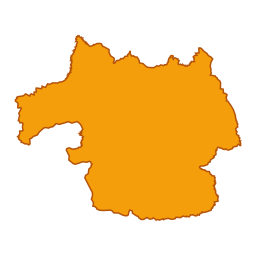 Soi Dao, Chanthaburi, Thailand (Mercator projection)
{"feature_id": "78962969B71557227555667", "entity_name": "Soi Dao", "entity_type": "district", "adm_level": 2, "iso_a3": "THA", "parent_name": "Thailand", "parent_adm1": "Chanthaburi", "projection": "mercator", "projection_center": [102.227, 13.187], "detail": "fine", "context": "isolated", "style": "filled", "palette": "amber", "viewbox_px": 256, "rotation_deg": 0, "n_neighbors": 0, "source": "geoboundaries", "source_scale": "gbopen_adm2", "svg_char_len": 5683}
<svg xmlns="http://www.w3.org/2000/svg" viewBox="0 0 256 256"><path d="M28.7,144.9L29.6,144.5L30.1,143.4L29.6,139.0L31.6,138.2L33.1,136.5L37.3,135.0L39.3,131.9L43.9,127.9L46.0,127.6L48.6,128.1L50.1,127.3L53.1,126.6L56.1,123.6L59.3,124.4L68.4,121.7L71.9,123.1L77.0,121.6L78.2,122.3L79.6,123.4L81.4,125.9L82.8,129.3L81.6,130.6L81.8,131.6L80.6,131.9L81.3,132.9L79.6,133.3L80.7,133.9L79.8,134.2L80.4,134.7L80.2,135.2L81.7,135.4L83.3,136.9L82.2,137.9L82.7,138.6L82.6,139.8L81.5,140.3L81.7,141.2L80.8,142.6L80.9,143.1L81.6,143.3L81.3,144.6L81.9,144.4L82.1,145.7L80.3,147.3L78.5,147.3L78.2,148.1L74.1,149.1L72.5,149.1L69.1,147.8L66.7,148.7L66.3,150.0L69.2,155.9L68.8,160.0L73.5,163.8L75.6,164.2L83.0,161.7L86.6,162.3L89.4,161.3L90.7,161.9L91.3,163.6L92.1,164.2L91.1,165.5L91.0,167.1L88.9,169.0L88.2,173.7L85.6,175.4L84.8,177.8L92.4,192.6L92.5,195.7L91.4,199.1L93.5,202.7L92.9,206.2L94.6,206.4L96.3,207.7L96.9,209.1L99.5,210.2L103.0,210.5L110.4,210.1L112.0,210.8L113.9,212.9L118.4,213.0L123.0,215.2L125.4,215.8L127.3,215.6L128.3,214.9L128.8,211.9L129.9,210.0L132.3,211.0L132.4,213.1L136.5,215.9L138.2,216.4L138.8,217.8L141.2,219.5L143.6,219.4L147.0,217.5L149.7,219.1L152.1,218.8L153.1,217.9L154.8,218.7L155.8,220.0L158.2,219.6L159.3,220.1L162.9,218.9L163.6,219.7L165.2,218.8L168.2,218.4L171.4,219.2L173.2,219.2L175.2,218.6L175.9,217.3L180.7,217.6L182.8,216.1L186.3,216.8L186.6,216.2L188.9,216.9L189.5,216.6L190.2,215.1L191.7,214.9L193.4,214.9L194.4,215.6L196.2,215.9L197.2,215.4L197.5,214.5L199.3,215.2L200.0,213.6L202.3,212.7L202.1,212.0L203.9,212.4L206.0,212.0L211.1,210.2L211.6,208.1L212.4,208.2L213.8,204.9L214.7,205.3L215.1,204.6L214.3,202.1L218.1,201.1L217.7,199.9L218.2,196.2L217.4,195.9L217.8,195.6L217.5,195.2L216.4,194.6L215.6,192.7L215.6,190.2L214.2,189.0L214.9,188.5L214.3,187.2L214.4,186.3L214.0,186.1L214.3,185.4L213.9,185.2L214.4,185.0L214.6,184.1L215.1,184.3L215.7,183.1L214.3,181.5L214.8,180.9L215.3,180.9L214.6,179.3L215.1,177.8L214.5,177.2L214.5,176.1L212.2,175.7L210.9,174.3L210.2,174.2L209.4,171.6L207.2,171.5L205.1,170.5L205.0,170.0L202.6,169.7L201.6,168.8L201.0,169.0L200.6,168.2L199.7,167.9L199.5,166.8L201.0,166.0L203.6,166.0L207.6,164.6L208.5,162.3L210.0,162.1L210.6,159.8L214.1,157.5L214.1,156.6L213.6,156.1L216.0,154.5L215.7,151.1L216.3,150.8L216.2,149.9L216.9,150.0L217.1,148.2L217.8,147.3L219.0,147.4L219.9,148.1L221.3,148.0L222.8,149.1L224.9,149.5L225.8,148.9L227.5,150.0L228.9,150.0L232.6,148.5L232.8,147.4L233.7,146.8L236.9,146.3L238.3,144.2L239.1,144.2L239.9,144.7L239.8,145.4L240.6,145.5L240.6,143.5L240.4,142.2L239.7,141.9L240.2,141.1L239.4,141.3L239.7,137.7L238.6,137.0L238.7,135.6L236.7,134.6L236.4,134.0L236.6,132.4L237.1,131.9L236.2,131.1L236.4,130.6L235.8,129.7L235.7,128.5L237.7,126.9L237.4,126.1L237.7,123.9L236.9,122.9L236.9,121.3L236.0,120.5L236.1,119.0L235.5,117.8L235.4,115.5L233.3,109.6L231.5,106.5L227.8,101.1L226.3,100.8L226.7,99.7L226.1,96.9L226.8,96.0L227.0,94.6L225.3,93.5L223.5,93.0L223.1,89.1L220.4,88.8L220.6,83.4L220.1,81.3L217.4,79.0L217.1,77.9L215.4,76.6L215.2,76.0L210.3,75.1L211.3,73.1L210.8,71.3L211.0,69.4L210.2,66.2L211.0,62.1L212.7,58.9L210.8,56.9L208.3,55.6L207.1,53.6L204.0,51.4L201.5,48.6L200.1,47.9L198.8,48.1L199.0,52.9L195.5,53.2L196.9,55.3L194.8,55.5L193.3,56.6L193.6,58.0L194.2,58.1L194.0,60.9L194.4,61.6L191.3,61.5L190.8,62.3L191.0,62.5L190.3,63.0L190.5,63.5L189.5,64.0L189.6,64.9L188.6,65.4L187.8,65.3L187.3,66.2L185.8,66.1L185.7,65.4L184.8,65.9L183.9,65.1L183.1,65.2L182.5,64.2L181.4,65.0L180.2,64.1L179.0,64.6L178.4,64.3L178.1,62.9L179.2,60.7L178.1,60.0L177.9,58.9L177.2,59.1L175.7,58.0L174.4,57.9L173.4,58.4L173.2,59.1L172.3,57.6L173.2,56.5L172.7,55.6L171.4,55.6L170.6,56.0L170.3,57.5L169.7,57.3L169.0,58.4L168.3,60.3L168.4,62.0L167.6,62.4L166.8,64.6L164.5,64.8L163.7,65.6L160.8,64.9L159.2,66.0L158.0,66.2L157.0,65.7L153.8,67.7L148.6,67.5L146.3,66.7L143.0,63.6L139.5,62.9L139.2,60.7L137.2,57.1L134.9,56.9L133.5,55.8L131.7,56.1L130.1,53.3L130.3,51.4L129.9,51.4L128.9,53.7L127.7,54.6L127.6,56.0L124.8,56.5L123.5,58.5L122.4,58.4L121.5,59.0L120.7,58.6L119.8,59.8L118.1,60.7L117.1,60.4L115.8,61.4L114.8,63.2L113.8,63.2L113.3,62.7L114.2,60.4L114.1,58.2L110.5,55.7L108.9,52.0L109.2,50.2L108.8,49.4L102.4,46.0L101.4,43.8L99.4,43.4L96.8,43.6L94.4,44.9L93.7,44.5L92.6,45.7L89.8,46.4L87.6,44.0L87.2,44.3L86.7,43.6L86.0,43.6L86.3,42.8L85.7,42.9L85.7,42.2L85.0,42.3L84.8,41.3L83.2,40.8L83.3,40.0L82.2,39.3L82.7,38.1L81.9,38.2L81.5,37.4L81.1,37.8L80.2,37.5L79.5,36.3L79.0,36.5L78.8,35.9L78.4,36.3L77.7,35.9L77.4,36.7L76.5,36.8L76.5,37.7L75.9,38.6L76.3,39.0L76.0,39.5L76.6,39.7L75.8,41.4L76.3,41.2L77.5,42.1L76.2,45.0L76.7,45.9L76.3,46.6L75.1,47.0L75.5,48.2L75.0,49.9L74.1,49.8L74.0,50.6L73.3,50.9L74.1,51.3L74.3,52.0L73.2,53.3L73.0,54.2L71.0,56.1L71.8,57.1L70.9,57.6L70.8,59.6L71.0,60.0L71.4,59.6L71.8,59.9L70.7,60.8L71.8,61.2L71.6,63.5L71.0,63.9L71.3,65.0L70.7,64.7L70.5,65.0L71.4,66.8L71.3,67.7L70.4,68.0L71.4,68.8L70.5,69.1L70.9,70.5L70.2,71.0L70.8,72.2L69.7,72.4L69.7,73.6L69.2,74.0L68.4,73.6L68.4,75.1L67.8,74.7L67.3,75.6L67.6,77.0L66.8,77.4L66.6,78.6L65.7,78.7L65.3,80.0L61.9,82.0L59.9,81.9L57.7,83.0L52.6,82.9L49.7,84.4L47.7,83.8L45.5,87.3L44.3,87.2L42.2,86.1L41.5,88.7L36.3,88.0L35.9,89.7L36.5,90.8L36.3,92.0L34.1,92.1L34.1,94.9L31.3,93.9L30.3,94.4L30.0,95.8L29.5,96.0L25.7,93.9L23.2,95.9L17.8,96.7L16.7,97.4L17.1,98.2L15.5,99.8L15.4,101.1L17.3,102.4L18.0,103.7L17.7,107.7L18.7,108.0L20.8,107.5L21.4,108.3L18.8,113.2L19.6,115.5L18.3,120.6L19.4,121.1L20.0,122.9L22.3,122.7L23.0,123.7L22.4,126.8L23.0,130.5L22.7,130.9L19.6,131.1L19.9,133.5L19.0,135.3L17.6,136.7L18.9,137.2L18.5,138.5L19.4,139.9L21.2,140.7L21.2,142.4L22.5,142.4L24.4,143.7L27.6,144.1L28.7,144.9Z" fill="#f59e0b" stroke="#b45309" stroke-width="1.5"/></svg>